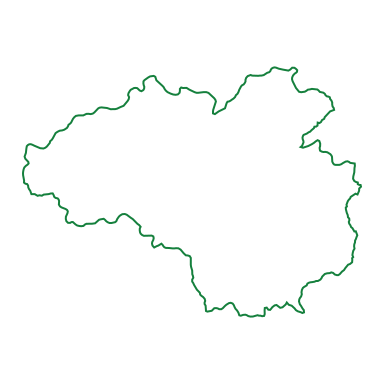 Brasilândia de Minas, Minas Gerais, Brazil (Albers equal-area conic projection), rotated 180°
{"feature_id": "56859067B94455820983640", "entity_name": "Brasilândia de Minas", "entity_type": "district", "adm_level": 2, "iso_a3": "BRA", "parent_name": "Brazil", "parent_adm1": "Minas Gerais", "projection": "albers", "projection_center": [-45.906, -16.944], "detail": "fine", "context": "isolated", "style": "outline", "palette": "green", "viewbox_px": 384, "rotation_deg": 180, "n_neighbors": 0, "source": "geoboundaries", "source_scale": "gbopen_adm2", "svg_char_len": 5897}
<svg xmlns="http://www.w3.org/2000/svg" viewBox="0 0 384 384"><g transform="rotate(180 192 192)"><path d="M45.7,108.9L44.3,109.8L42.0,112.4L40.0,113.9L38.7,115.9L35.9,119.3L34.0,120.0L31.9,121.7L31.7,124.1L31.9,125.8L30.8,126.9L31.6,128.9L31.2,131.3L30.7,133.3L29.5,135.3L29.9,137.7L29.7,139.7L29.0,141.6L28.9,143.5L28.1,145.0L27.4,147.1L26.7,148.7L28.2,152.7L29.6,152.5L31.6,155.9L32.9,156.9L33.6,158.7L34.8,160.4L35.2,162.1L34.6,163.7L34.8,165.5L36.0,166.7L36.3,169.0L37.2,171.1L38.1,174.7L38.2,176.5L37.1,177.5L37.5,179.3L36.2,182.8L35.1,184.4L34.0,185.4L33.3,187.1L28.5,190.3L26.5,189.5L24.9,193.2L24.8,195.5L23.0,197.3L23.4,199.0L24.8,199.1L26.2,199.8L26.2,201.5L28.0,202.0L29.7,203.0L30.9,205.2L30.7,207.6L29.7,211.7L29.5,216.1L29.1,218.1L29.3,220.5L33.7,221.1L35.0,222.1L36.5,222.7L38.4,222.4L41.1,220.9L42.7,219.8L44.7,219.1L48.3,219.1L49.7,219.4L50.8,220.5L51.7,222.3L52.0,227.2L52.5,228.4L53.6,229.8L56.6,231.7L58.6,232.1L60.6,232.0L62.3,232.4L64.0,233.4L64.4,236.1L63.9,237.8L63.8,240.4L64.7,243.0L66.4,243.8L68.3,242.6L70.1,241.1L72.2,239.8L75.7,238.0L81.0,236.3L83.3,237.0L81.9,238.2L80.5,241.6L80.6,243.0L81.3,244.8L81.5,246.4L81.1,247.9L80.4,249.1L77.2,250.4L75.4,251.7L73.9,252.3L72.5,253.8L70.1,255.8L69.6,257.3L67.9,257.4L66.5,258.4L66.3,261.4L64.6,260.9L63.0,262.0L62.0,263.9L59.8,265.2L59.3,266.8L53.9,272.6L49.9,274.1L50.3,276.0L51.4,277.5L51.8,279.5L51.8,281.5L52.6,283.5L53.8,284.9L54.2,286.7L55.5,287.4L57.0,287.6L58.4,288.7L59.2,290.2L60.6,291.3L64.2,292.1L65.4,293.5L66.6,294.5L72.1,295.1L74.1,294.6L76.2,294.3L77.6,293.2L79.2,292.3L82.8,291.8L84.9,292.2L88.0,296.0L91.4,302.8L92.0,304.9L91.8,306.6L90.9,308.6L89.3,310.4L88.0,311.2L87.0,312.2L86.8,313.8L87.8,314.9L89.5,316.2L91.8,316.3L93.8,314.4L95.6,313.4L101.1,314.4L105.2,315.3L108.1,316.4L109.5,316.6L110.8,316.3L112.4,315.4L113.2,314.2L113.7,312.9L114.8,311.8L116.8,311.2L120.3,308.9L122.6,308.4L124.1,308.4L125.7,308.2L131.9,308.4L133.3,309.0L136.3,307.9L137.8,306.2L138.5,304.2L138.5,302.5L139.2,301.1L140.3,299.6L142.1,298.6L143.0,297.5L144.8,294.1L145.5,292.1L146.5,290.2L148.1,288.8L148.9,287.0L150.5,285.4L152.2,284.3L153.5,283.3L155.1,282.5L156.5,282.3L157.4,280.8L159.0,275.7L165.3,272.6L169.1,269.9L171.0,270.6L171.0,272.7L170.8,274.1L168.1,282.5L168.7,284.3L169.9,285.9L175.5,291.1L177.8,291.9L180.1,291.9L185.9,291.2L187.4,291.2L189.3,291.8L193.1,293.6L194.9,294.5L197.4,296.1L201.1,296.0L202.8,296.5L204.1,295.1L204.1,293.2L204.4,291.3L206.1,289.6L208.4,289.2L210.8,289.5L213.4,290.4L216.5,291.9L218.3,293.5L219.5,295.2L220.3,296.8L221.5,298.1L227.6,303.7L228.7,307.2L230.3,308.1L233.9,307.6L235.7,306.6L239.5,303.9L240.5,302.7L240.6,300.6L240.3,298.9L239.7,297.2L239.9,295.3L240.7,293.9L242.6,292.8L244.3,293.5L246.7,295.8L248.2,296.1L249.9,296.0L253.3,294.2L254.3,292.9L255.5,290.8L255.9,288.9L254.9,286.9L255.3,284.8L256.4,283.0L260.4,278.2L263.4,277.0L267.0,275.3L268.7,274.9L273.4,274.8L277.0,276.0L282.6,276.6L284.5,276.3L285.8,275.6L289.7,271.5L291.2,270.4L293.3,269.9L295.7,270.2L297.6,270.1L300.7,268.6L305.3,268.6L308.1,268.1L309.8,266.7L311.1,265.0L312.9,261.4L314.1,260.2L315.5,259.2L316.0,257.7L317.0,256.1L319.7,254.3L321.8,253.6L324.3,253.3L326.5,252.2L328.4,250.9L331.2,245.7L332.2,244.2L333.9,242.7L334.2,241.1L337.1,237.5L338.6,236.3L340.5,235.5L343.8,235.8L349.7,238.3L351.5,239.2L353.2,239.8L354.8,239.7L356.2,238.9L357.2,237.8L357.6,235.6L358.1,231.1L359.4,227.4L358.7,225.3L355.7,222.1L355.4,220.5L356.5,219.3L358.1,218.2L359.7,216.5L360.4,214.6L360.8,212.6L361.0,210.9L360.9,208.8L359.9,203.4L360.0,201.4L358.6,200.3L356.8,199.9L355.9,198.4L355.7,196.5L354.9,194.8L353.8,193.3L352.6,189.9L349.3,189.9L346.4,188.2L344.6,188.7L342.1,188.3L340.3,189.4L335.3,189.9L333.3,190.5L331.3,190.6L330.3,188.8L329.8,187.2L328.5,186.1L326.3,185.6L325.4,184.5L324.9,183.0L325.1,179.4L324.0,177.6L322.5,176.6L318.4,175.0L316.9,174.0L316.2,172.7L316.5,170.9L318.1,167.3L318.2,165.0L317.6,162.8L316.0,161.2L313.9,161.1L312.6,161.9L311.2,162.0L308.5,159.6L306.8,158.5L304.7,158.0L302.8,157.8L300.5,158.1L299.2,159.4L297.6,160.2L291.8,160.3L288.9,160.7L285.0,164.2L283.7,164.6L280.3,165.2L278.8,164.0L277.9,162.9L276.4,161.8L274.5,161.0L272.5,161.0L268.9,161.8L267.7,162.8L266.7,165.1L265.0,167.5L263.6,168.7L261.7,169.8L259.2,170.0L257.3,169.3L253.3,166.3L251.2,164.9L246.6,160.2L244.8,158.9L243.4,157.2L244.2,155.5L244.3,153.9L244.0,151.8L243.4,150.4L241.9,149.0L240.2,148.2L232.3,148.4L230.7,147.6L230.3,145.9L230.7,144.1L231.8,141.9L232.0,140.3L231.5,138.4L229.8,136.5L227.4,137.8L225.7,138.4L222.6,140.3L221.3,139.0L220.6,137.8L219.6,136.7L218.1,136.1L215.0,136.0L211.3,135.6L209.6,135.6L208.0,135.8L205.6,135.7L203.4,134.4L200.4,130.8L198.2,128.7L196.1,128.5L194.3,127.9L193.2,126.1L193.2,119.1L192.9,117.1L191.8,113.4L191.7,109.7L191.1,108.2L190.7,106.3L191.8,104.4L191.8,102.4L190.8,101.0L189.9,99.0L187.1,94.3L184.2,91.3L183.8,89.4L182.6,88.2L180.8,86.9L179.3,85.1L178.8,83.1L179.4,81.5L179.4,80.0L178.4,78.4L178.0,73.0L176.7,72.4L172.3,73.2L169.7,75.8L167.8,75.9L166.3,75.6L164.8,74.8L162.7,74.8L161.2,75.8L159.1,78.0L157.6,79.3L155.0,80.9L153.3,81.2L151.4,80.5L150.2,78.9L149.4,76.9L148.5,75.2L147.0,73.6L145.6,71.4L144.7,68.7L143.2,68.3L140.9,69.1L138.6,69.3L137.2,68.8L135.7,67.9L133.5,67.4L131.0,67.5L126.4,68.8L125.0,68.3L123.4,68.3L121.9,67.8L119.9,68.1L119.3,69.9L119.4,73.8L119.2,76.0L117.3,76.4L115.7,74.3L113.9,74.1L112.9,75.2L111.7,76.8L109.4,78.6L107.5,79.0L103.8,76.2L101.5,76.7L98.3,79.5L97.2,81.5L95.2,79.2L92.3,78.3L89.4,75.6L88.1,73.9L86.2,72.7L83.0,71.7L81.7,71.0L80.0,71.6L80.2,73.9L81.4,75.4L83.2,78.5L84.1,79.6L85.0,82.6L84.7,84.7L84.0,86.1L82.9,87.5L82.2,89.8L82.5,91.7L82.1,94.1L81.1,96.1L80.0,97.0L77.3,98.6L76.6,100.4L75.0,101.3L73.6,101.7L71.7,101.9L69.5,102.3L67.9,103.0L66.1,103.0L63.6,104.4L62.4,106.0L61.8,107.4L59.2,110.0L56.9,110.7L54.1,110.9L52.8,111.6L50.9,111.1L49.2,109.5L47.2,108.9L45.7,108.9Z" fill="none" stroke="#15803d" stroke-width="2"/></g></svg>